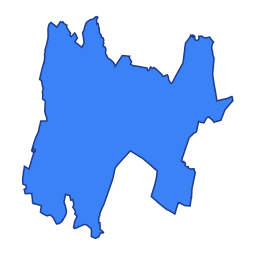 outline of Zaļenieku pag., Jelgava, Latvia, rotated 91°
{"feature_id": "27541924B28600018737203", "entity_name": "Zaļenieku pag.", "entity_type": "district", "adm_level": 2, "iso_a3": "LVA", "parent_name": "Latvia", "parent_adm1": "Jelgava", "projection": "equal_earth", "projection_center": [23.49, 56.518], "detail": "fine", "context": "isolated", "style": "filled", "palette": "blue", "viewbox_px": 256, "rotation_deg": 91, "n_neighbors": 0, "source": "geoboundaries", "source_scale": "gbopen_adm2", "svg_char_len": 5508}
<svg xmlns="http://www.w3.org/2000/svg" viewBox="0 0 256 256"><g transform="rotate(91 128 128)"><path d="M213.6,214.1L214.7,212.7L215.7,210.6L217.0,208.1L217.2,207.3L216.3,204.0L219.0,201.2L219.4,201.0L219.4,200.9L225.2,197.8L224.9,196.1L224.6,195.9L224.8,195.2L222.6,192.5L221.1,191.5L220.9,191.9L219.1,190.4L217.9,189.8L217.9,189.7L216.0,188.8L214.8,188.4L212.1,188.0L208.5,189.0L208.1,189.0L202.7,190.8L201.5,190.4L195.4,189.3L195.7,188.2L196.1,187.4L196.4,185.1L200.1,184.3L201.3,183.9L200.5,182.1L205.2,180.8L206.9,181.3L208.0,181.8L212.2,179.1L215.0,179.7L217.0,177.3L222.5,179.7L226.3,180.3L227.9,180.7L228.3,180.6L229.5,179.9L228.7,177.5L227.1,174.4L225.2,169.9L225.6,167.6L229.2,163.2L230.4,162.9L232.1,162.7L237.1,162.8L237.4,162.2L238.2,160.3L238.8,158.3L237.3,155.4L233.3,153.6L233.5,151.2L232.7,150.7L229.7,154.1L225.8,154.2L223.2,154.4L223.2,155.6L218.5,155.7L216.0,154.7L214.4,154.7L212.7,154.2L212.6,154.3L204.7,150.8L203.3,150.3L179.4,142.4L168.3,140.2L163.8,136.8L150.8,125.3L156.9,115.0L157.8,113.2L161.2,109.0L163.0,106.7L165.2,104.1L165.3,103.9L165.7,103.7L168.4,100.6L168.2,100.5L170.3,98.1L174.0,98.3L178.8,99.0L184.2,100.2L193.2,102.8L196.1,103.5L201.0,97.7L201.3,97.5L201.3,97.4L204.1,94.0L208.5,88.3L210.3,84.5L213.0,79.9L213.2,79.7L211.6,79.1L210.1,78.8L207.4,78.1L202.3,76.6L202.7,76.0L201.6,75.5L201.7,75.2L202.2,74.3L203.1,73.0L203.3,72.1L203.7,71.4L204.6,70.1L204.7,66.4L204.9,64.5L196.3,63.6L196.5,63.3L187.8,63.0L172.6,60.2L171.0,60.0L169.9,60.8L168.8,61.1L167.9,61.0L167.7,61.5L167.7,62.9L168.1,63.7L167.8,64.6L167.5,65.8L166.8,66.9L166.6,67.1L166.2,67.2L165.9,67.1L165.6,67.2L165.7,67.5L165.9,67.6L165.7,68.0L165.3,69.6L164.7,70.2L163.6,70.1L163.0,70.0L162.2,70.0L160.7,71.5L160.5,71.9L160.8,72.0L161.2,71.9L161.5,72.2L161.0,73.0L160.2,73.5L160.1,74.0L157.2,73.2L141.4,68.2L136.8,66.7L136.2,66.3L131.8,61.8L130.7,59.5L126.8,58.8L120.1,57.5L120.7,56.4L121.6,52.5L121.5,52.3L121.2,52.0L116.6,49.6L116.3,49.1L115.6,47.3L115.5,47.2L116.3,46.6L119.1,43.2L120.8,42.1L120.6,41.9L119.5,38.1L119.4,38.1L118.7,35.3L109.1,31.8L107.4,30.9L101.5,25.9L98.9,23.6L96.9,24.1L96.5,24.3L96.3,24.1L95.3,24.3L94.7,24.6L94.9,25.4L96.2,28.1L96.7,29.4L97.1,31.0L99.3,39.6L90.7,41.1L82.7,42.7L73.1,44.3L56.4,43.2L55.3,43.7L52.0,44.8L51.6,44.5L47.3,45.6L46.2,45.7L44.2,45.5L41.8,44.8L41.4,44.4L40.9,44.2L40.4,44.0L39.8,44.7L39.1,45.3L35.6,48.0L36.5,51.4L36.6,52.3L36.5,52.7L36.5,52.9L36.4,53.8L34.9,55.6L34.9,56.2L35.1,58.0L35.1,58.4L35.0,58.9L35.2,59.0L35.4,59.0L36.3,58.7L37.0,58.6L37.4,58.7L38.5,59.2L38.9,59.6L39.0,60.0L39.1,61.0L39.3,61.5L39.1,61.9L37.6,62.9L37.3,62.9L36.5,62.7L35.7,62.8L35.7,63.0L35.9,63.3L36.2,63.4L36.3,63.5L36.1,63.9L35.9,64.0L35.6,64.1L35.3,63.8L34.9,63.5L34.7,63.5L34.4,63.6L34.3,64.6L34.0,64.9L34.0,65.2L34.4,65.3L34.8,65.0L35.3,65.0L35.7,65.2L35.9,65.3L35.8,65.5L34.7,65.7L34.2,65.9L34.2,66.0L34.4,66.6L34.4,66.8L34.2,67.0L35.5,67.3L39.2,69.8L41.9,71.9L48.5,72.8L48.8,72.7L57.1,73.6L61.8,74.1L65.4,76.0L76.6,81.9L81.1,84.0L82.8,85.3L82.2,86.3L79.2,88.1L78.2,88.4L76.6,88.5L74.2,89.5L74.8,91.6L75.9,93.5L76.0,93.6L75.7,93.9L73.8,95.2L68.7,100.8L67.0,103.2L67.9,104.2L68.1,104.4L68.1,104.6L66.6,106.5L69.6,108.0L70.3,108.9L70.3,109.0L70.0,109.4L67.6,110.1L67.1,114.5L66.8,115.1L65.4,124.5L64.1,126.8L61.8,125.6L57.2,128.2L56.3,127.6L55.7,134.0L55.7,135.0L64.3,140.5L65.2,140.8L66.4,141.9L66.0,141.9L65.0,142.3L63.5,143.2L62.3,144.1L59.8,146.9L58.7,149.0L58.4,149.4L56.2,150.4L54.7,151.4L54.2,151.6L53.1,151.8L52.3,151.8L50.3,151.4L49.4,151.5L47.8,152.1L47.6,152.3L47.2,152.7L46.5,154.3L45.6,154.3L44.5,153.8L44.0,153.7L43.4,153.7L43.0,153.8L42.7,154.1L42.4,154.2L41.9,154.1L41.3,153.8L40.6,153.7L38.4,154.5L38.2,154.7L38.1,155.0L38.2,155.5L38.0,156.0L37.8,156.4L37.6,156.5L37.4,156.5L36.3,156.2L35.1,156.8L34.2,157.7L33.9,157.9L33.1,158.1L31.8,158.3L29.4,158.6L29.0,158.6L26.6,159.3L24.7,159.5L24.4,159.6L24.1,159.9L24.5,161.1L22.3,161.1L19.9,161.5L19.2,160.6L17.8,160.1L17.2,161.0L17.2,161.5L17.6,162.5L18.2,163.2L19.4,164.2L19.5,164.5L20.5,167.6L20.7,168.1L21.1,168.7L22.8,171.0L24.5,172.1L31.6,174.0L33.6,175.1L39.9,173.9L43.7,173.4L48.2,175.6L42.8,182.5L40.8,181.4L39.2,180.2L35.4,181.9L33.9,183.0L37.8,186.4L36.0,187.8L34.3,187.0L33.0,188.0L28.3,191.2L26.3,190.9L24.9,193.5L23.0,195.0L23.7,195.8L22.9,197.4L28.3,200.8L23.8,206.8L24.3,207.4L25.2,208.3L25.5,208.5L26.1,208.8L27.9,209.3L28.1,209.5L28.6,209.4L30.8,209.7L37.5,209.5L40.0,209.6L44.8,210.6L47.0,211.2L49.7,211.8L51.8,212.5L52.3,212.2L52.7,212.1L54.5,212.4L55.6,212.7L59.0,212.5L64.2,213.0L64.0,213.3L69.4,214.7L76.3,216.3L81.0,217.2L82.1,215.4L90.9,213.5L93.3,214.3L95.7,213.8L100.4,213.9L102.3,211.4L102.6,211.2L105.5,211.3L107.4,211.3L112.8,211.5L116.4,210.6L119.6,209.3L122.5,209.3L122.5,212.9L122.6,215.4L125.9,216.0L130.7,217.1L132.9,217.4L140.0,220.4L144.7,221.9L148.6,222.9L151.3,223.6L151.2,223.2L151.4,223.1L151.7,223.0L152.1,223.1L152.3,223.3L152.1,223.6L151.8,223.9L151.9,224.0L152.7,223.7L153.2,223.3L153.6,222.6L152.9,222.6L150.4,222.5L150.0,222.4L150.0,222.2L150.3,221.7L150.7,220.9L151.3,220.4L151.7,220.4L153.0,220.4L153.1,220.5L152.7,220.9L152.7,221.1L152.9,221.2L152.9,221.3L159.7,223.3L170.7,226.3L168.1,230.9L171.1,231.2L174.3,231.8L176.4,231.9L179.7,232.4L179.9,232.3L183.3,232.4L186.1,231.9L187.2,228.9L190.5,228.7L191.1,230.8L195.5,229.6L195.1,223.2L197.0,222.9L203.0,222.1L203.9,222.3L205.1,221.7L205.6,219.9L205.1,219.5L205.2,219.4L205.8,218.3L206.2,217.2L206.5,215.7L207.3,213.3L210.9,213.8L211.1,213.8L213.6,214.1Z" fill="#3b82f6" stroke="#1e3a8a" stroke-width="1.5"/></g></svg>